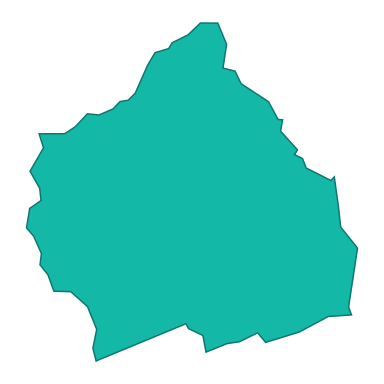 Washington, Georgia, United States of America (Mercator projection)
{"feature_id": "52423323B31075170067168", "entity_name": "Washington", "entity_type": "district", "adm_level": 2, "iso_a3": "USA", "parent_name": "United States of America", "parent_adm1": "Georgia", "projection": "mercator", "projection_center": [-82.811, 32.997], "detail": "fine", "context": "isolated", "style": "filled", "palette": "teal", "viewbox_px": 384, "rotation_deg": 0, "n_neighbors": 0, "source": "geoboundaries", "source_scale": "gbopen_adm2", "svg_char_len": 855}
<svg xmlns="http://www.w3.org/2000/svg" viewBox="0 0 384 384"><path d="M268.6,101.8L241.1,83.7L235.0,71.1L223.0,68.1L226.6,44.3L217.8,23.1L200.4,23.0L188.1,34.8L172.2,42.7L168.6,48.6L155.1,52.6L147.6,65.2L135.2,93.2L128.1,100.3L120.1,101.5L113.0,108.9L98.9,115.0L87.4,113.8L75.2,126.8L64.7,133.7L39.1,133.8L43.5,147.9L30.0,171.2L39.7,188.3L41.0,200.5L29.7,208.4L26.5,227.9L33.6,236.1L41.4,253.5L40.0,264.8L47.9,274.7L53.9,291.2L70.8,291.7L87.5,306.6L96.7,329.3L92.9,348.2L96.1,361.0L101.0,358.9L186.0,323.7L188.5,328.6L202.9,335.5L206.0,352.1L227.0,343.6L239.6,341.7L257.6,332.8L265.6,342.4L299.3,332.0L328.2,316.5L351.5,314.9L348.6,307.0L357.5,248.1L340.7,227.1L338.5,207.1L334.3,176.9L330.9,180.5L306.2,168.0L302.5,158.5L294.5,154.6L297.5,149.9L280.6,131.2L282.6,119.8L278.1,119.5L268.6,101.8Z" fill="#14b8a6" stroke="#0f766e" stroke-width="1.5"/></svg>